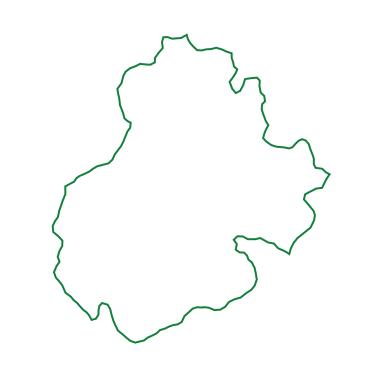 outline of Virgínia, Minas Gerais, Brazil, rotated 186°
{"feature_id": "56859067B30740521650028", "entity_name": "Virgínia", "entity_type": "district", "adm_level": 2, "iso_a3": "BRA", "parent_name": "Brazil", "parent_adm1": "Minas Gerais", "projection": "orthographic", "projection_center": [-45.117, -22.346], "detail": "fine", "context": "isolated", "style": "outline", "palette": "green", "viewbox_px": 384, "rotation_deg": 186, "n_neighbors": 0, "source": "geoboundaries", "source_scale": "gbopen_adm2", "svg_char_len": 2670}
<svg xmlns="http://www.w3.org/2000/svg" viewBox="0 0 384 384"><g transform="rotate(186 192 192)"><path d="M123.1,266.4L126.0,270.3L127.8,273.9L129.6,277.5L131.4,281.7L131.4,286.7L128.8,289.9L130.3,295.2L134.1,298.0L136.0,304.5L136.3,309.9L139.3,312.5L143.8,311.7L151.0,309.9L152.3,303.4L154.7,297.6L158.8,295.0L162.8,298.9L166.1,305.5L163.2,310.4L161.0,314.8L159.8,318.7L163.4,321.2L164.6,325.2L166.5,329.4L167.1,334.1L171.9,335.1L177.6,337.0L182.9,338.0L187.9,336.2L193.0,335.3L197.2,333.8L201.7,333.6L206.2,337.0L209.9,340.5L212.1,343.7L213.7,347.7L219.0,344.0L227.7,342.4L232.6,343.5L236.7,342.9L237.5,338.1L236.1,332.1L239.7,327.0L242.9,321.3L242.5,317.0L246.8,314.2L252.7,314.0L257.0,314.0L261.3,311.2L266.7,308.5L270.7,304.6L272.5,299.9L273.5,292.9L277.0,286.7L275.8,282.4L274.1,277.3L272.7,270.9L269.1,264.0L266.8,258.1L263.6,255.8L260.2,254.5L260.2,249.4L262.5,245.5L264.0,240.4L265.5,235.1L267.4,230.1L269.9,226.0L272.7,221.4L274.5,215.9L278.0,211.8L284.4,209.4L289.3,207.5L293.5,204.2L296.4,201.5L300.8,198.8L305.3,196.3L308.5,193.6L310.2,190.0L313.4,187.9L318.6,184.3L317.7,176.6L319.6,170.2L320.7,165.3L322.1,159.5L322.7,153.1L325.1,148.9L327.0,143.6L325.8,137.7L320.4,134.1L315.8,130.1L315.4,124.7L317.6,119.6L318.8,113.6L316.5,108.7L319.0,104.0L320.9,97.8L318.4,92.6L315.2,89.7L311.3,85.7L307.3,78.6L301.5,75.2L298.1,71.8L294.3,69.4L291.7,66.8L287.8,63.4L284.2,61.3L281.5,58.7L278.5,54.3L274.4,55.9L272.2,60.2L272.6,64.8L272.2,69.0L269.8,72.2L264.1,71.1L261.1,67.0L259.0,61.1L256.8,55.9L254.2,51.4L251.1,46.4L246.5,43.4L242.2,40.4L238.0,37.6L232.7,36.3L228.0,38.0L224.3,39.3L220.9,42.5L216.5,45.1L212.6,47.6L209.4,51.3L204.5,53.4L200.5,55.9L196.5,57.8L192.5,58.8L188.6,61.7L186.6,67.7L182.7,72.0L179.2,76.0L174.8,78.0L170.6,78.1L166.9,78.8L163.0,78.6L157.2,76.9L151.5,78.0L147.0,81.3L143.8,86.5L138.6,89.7L132.5,92.2L127.4,97.2L122.7,101.0L119.9,105.4L118.4,111.8L120.1,117.9L121.8,123.1L125.2,128.3L128.8,130.7L130.5,134.3L133.7,137.1L138.5,137.0L142.5,139.2L142.0,144.9L145.5,148.8L142.2,152.7L136.8,153.1L131.5,150.9L124.5,151.6L119.3,153.3L115.2,151.6L111.2,149.8L105.1,149.3L100.4,145.0L93.7,142.9L88.7,140.5L87.9,146.0L85.4,152.4L82.2,157.3L77.6,161.8L73.9,165.5L70.4,168.9L69.1,172.6L67.6,176.6L67.4,182.0L69.2,186.0L72.7,189.4L75.5,192.2L79.9,196.3L79.2,201.6L74.2,204.9L68.8,208.4L63.1,209.7L61.3,214.7L59.5,219.3L57.0,224.0L61.1,225.7L64.9,228.7L71.7,229.0L73.8,232.5L74.3,237.9L76.1,241.9L78.7,246.8L80.9,251.9L84.3,255.1L88.1,256.0L91.3,254.1L94.1,250.8L96.8,247.0L100.2,245.5L104.8,246.0L109.1,245.9L112.9,245.9L118.2,247.0L123.6,250.1L126.9,253.0L126.3,257.0L125.1,261.5L123.1,266.4Z" fill="none" stroke="#15803d" stroke-width="2"/></g></svg>